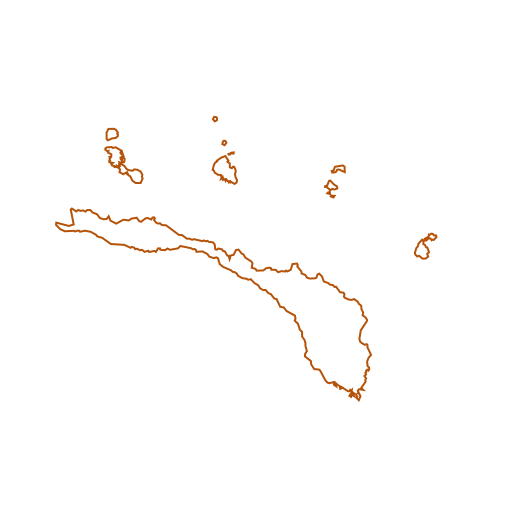 the district of Namatanai District, New Ireland, Papua New Guinea, rotated 339°
{"feature_id": "67681753B4611744074236", "entity_name": "Namatanai District", "entity_type": "district", "adm_level": 2, "iso_a3": "PNG", "parent_name": "Papua New Guinea", "parent_adm1": "New Ireland", "projection": "albers", "projection_center": [152.429, -3.72], "detail": "fine", "context": "isolated", "style": "outline", "palette": "amber", "viewbox_px": 512, "rotation_deg": 339, "n_neighbors": 0, "source": "geoboundaries", "source_scale": "gbopen_adm2", "svg_char_len": 6158}
<svg xmlns="http://www.w3.org/2000/svg" viewBox="0 0 512 512"><g transform="rotate(339 256 256)"><path d="M80.5,155.3L82.9,160.9L86.4,164.4L95.0,167.2L95.8,168.2L98.2,168.3L100.1,169.2L100.4,170.3L105.4,171.1L110.4,174.2L114.5,179.2L114.7,180.7L119.0,184.0L124.8,192.8L137.0,198.4L141.9,203.4L143.3,203.0L145.4,204.7L145.6,206.3L147.6,206.6L149.6,209.0L151.9,209.4L153.4,212.2L157.3,212.5L157.7,214.0L163.1,214.9L164.0,216.3L167.3,213.8L169.1,214.5L168.9,215.7L169.9,216.4L173.2,218.0L175.9,217.3L178.0,219.4L185.9,220.9L189.0,219.6L198.1,225.4L199.7,227.3L201.2,227.4L202.2,229.0L201.9,230.7L207.7,232.6L211.3,236.7L212.2,239.9L215.9,242.9L218.4,243.0L219.7,244.4L219.2,250.6L221.5,254.5L227.5,260.3L228.6,262.5L230.3,263.4L231.9,265.8L232.0,267.8L235.3,271.8L239.0,273.8L240.1,275.3L242.9,275.9L244.7,280.4L247.7,284.4L248.2,287.6L250.5,290.4L252.8,291.1L254.1,294.9L256.2,296.9L257.8,302.2L259.8,303.6L260.4,312.1L263.5,314.0L264.8,318.3L271.0,325.6L270.4,328.7L269.0,330.2L270.9,334.4L270.5,340.5L271.8,343.3L270.2,347.7L271.2,351.8L270.9,355.3L270.0,357.3L269.4,363.1L266.9,364.8L265.7,367.3L269.6,373.7L268.7,377.0L269.8,382.4L274.1,384.6L274.8,385.8L276.3,397.5L277.6,400.1L278.9,401.0L284.1,401.7L286.1,405.8L288.8,408.9L287.3,408.7L287.0,410.2L289.6,410.0L293.6,415.4L295.0,415.7L296.0,414.7L296.7,415.7L297.4,415.4L296.7,416.7L299.8,421.8L300.1,423.5L298.8,423.9L300.3,427.5L303.3,424.3L303.0,421.5L301.8,420.6L302.9,419.9L302.7,418.3L304.4,417.3L308.1,419.4L307.0,416.9L313.4,412.5L313.7,410.7L315.0,409.7L314.2,406.9L316.3,406.0L316.2,404.4L317.2,404.0L317.5,402.7L319.1,402.0L319.8,403.3L321.2,402.2L321.6,400.5L320.7,398.8L321.9,394.4L324.6,391.4L328.0,389.5L327.3,381.3L328.2,378.8L327.7,378.0L325.6,377.8L323.5,375.1L322.5,373.2L322.8,370.5L327.1,363.0L336.1,356.6L336.8,355.3L336.2,352.4L334.3,349.6L335.8,347.2L335.4,343.7L336.4,340.0L334.9,337.6L334.6,335.1L332.1,331.3L330.0,331.4L327.1,330.0L323.9,326.8L323.5,325.5L324.9,323.4L324.6,321.7L321.5,319.9L319.7,313.3L318.3,313.1L317.5,310.9L314.5,308.9L313.9,307.3L310.2,304.1L310.3,298.7L308.7,295.1L306.8,295.3L304.6,297.9L303.5,298.1L298.3,296.4L296.0,294.7L295.1,291.2L292.3,288.7L292.8,286.7L290.8,280.5L291.8,279.4L291.6,277.8L287.2,276.6L283.5,281.3L279.9,281.7L278.9,280.4L277.8,281.0L274.3,279.2L270.9,279.1L269.4,276.0L265.4,274.3L265.7,272.9L264.2,271.6L261.0,271.1L257.7,272.1L251.3,269.9L251.0,267.9L247.8,265.4L250.1,261.6L249.6,259.3L245.5,253.8L244.8,250.0L243.4,248.4L242.0,243.8L239.6,243.2L235.5,246.9L232.2,246.4L231.2,248.4L230.2,249.5L230.6,246.4L229.3,245.2L228.6,240.6L226.9,239.3L226.7,237.7L223.5,235.5L221.8,236.1L220.4,235.2L221.6,230.2L220.7,227.8L217.1,225.9L216.0,224.4L214.8,224.4L212.6,222.7L211.4,223.0L204.0,218.0L202.2,218.0L200.0,215.9L197.6,215.0L194.4,209.9L191.6,208.7L183.1,195.2L179.2,193.3L178.0,191.0L176.3,190.7L174.7,189.1L173.7,185.8L175.1,184.6L174.6,183.3L173.2,183.0L171.3,184.4L168.5,181.7L166.3,181.3L160.9,182.9L159.5,181.6L158.3,177.5L153.3,176.5L150.0,177.2L145.2,174.6L137.1,175.7L132.8,170.8L132.7,166.1L129.9,167.9L126.9,167.1L123.8,164.5L122.6,160.1L118.9,156.7L117.9,153.8L114.9,152.6L112.6,153.4L111.1,151.6L108.2,150.9L106.5,149.3L104.2,150.0L101.1,145.7L99.7,146.2L97.1,161.2L92.1,160.9L81.5,153.3L80.5,155.3ZM263.2,151.7L259.0,151.7L253.6,153.0L253.6,153.7L251.0,154.4L249.1,156.2L246.4,160.1L247.2,160.9L247.4,163.5L249.8,166.7L252.3,167.8L252.1,169.1L252.9,169.4L251.0,171.5L253.1,171.2L252.5,173.1L254.3,173.1L254.4,174.1L254.9,173.2L255.8,173.5L256.1,176.0L257.4,176.3L257.2,177.6L258.8,177.1L258.8,178.2L259.5,178.1L261.8,181.0L264.1,180.5L265.4,178.5L265.2,174.7L265.8,171.8L267.5,169.7L267.8,167.2L267.5,164.8L266.6,164.4L264.9,165.4L263.4,163.8L264.7,160.1L263.1,157.8L264.4,157.0L263.2,151.7ZM156.0,101.2L154.0,101.5L153.4,102.6L154.8,105.1L155.9,105.1L155.0,106.6L157.4,109.2L156.4,111.5L154.8,111.1L155.0,112.4L154.0,112.9L154.0,114.5L153.0,114.7L152.8,115.9L155.7,117.8L153.9,118.2L154.1,120.0L155.8,121.0L155.7,122.1L157.3,122.9L158.0,121.8L158.8,123.7L159.7,122.4L160.8,122.6L161.3,120.7L162.3,120.7L162.2,119.6L164.0,120.9L164.8,119.6L166.1,121.1L166.8,120.8L168.2,118.3L167.8,117.0L165.8,117.2L165.0,118.9L164.4,116.7L164.8,115.6L166.0,116.1L166.6,114.4L166.4,116.1L168.1,115.6L168.2,111.8L167.0,112.8L166.4,111.8L166.5,110.8L168.2,109.5L163.9,104.2L160.8,103.7L160.4,102.6L156.0,101.2ZM162.7,121.4L161.5,121.7L161.0,123.5L159.7,123.8L160.0,126.8L158.6,128.8L161.4,132.1L164.8,131.6L165.0,132.9L165.7,132.2L166.0,135.1L167.2,136.6L167.6,141.4L169.8,144.7L174.5,146.5L178.0,142.9L177.8,141.4L179.0,139.5L178.6,136.0L176.3,133.1L173.4,131.5L171.4,132.2L167.7,130.1L166.3,128.3L165.4,124.6L162.7,121.4ZM418.9,314.5L419.0,309.5L417.9,308.8L417.7,306.3L416.5,304.8L417.6,302.4L416.9,300.3L412.4,302.5L410.4,305.1L408.6,306.0L405.6,309.8L405.2,311.4L406.3,314.2L408.3,314.2L410.5,318.1L413.4,319.2L416.5,318.3L416.6,315.3L418.9,314.5ZM169.1,86.4L163.8,84.5L160.6,87.4L158.5,93.3L159.1,94.9L163.9,94.7L167.2,95.5L169.7,94.7L170.6,93.4L170.3,92.0L171.3,91.2L170.4,87.8L169.1,86.4ZM354.4,217.2L352.4,212.2L351.1,212.1L347.6,215.8L345.7,215.5L345.2,216.2L346.7,216.9L349.0,221.3L351.2,220.6L352.9,222.0L356.1,222.1L356.6,220.1L354.4,217.2ZM369.5,202.6L361.7,201.0L359.1,203.9L357.1,203.8L357.1,205.5L359.8,206.2L361.2,206.0L362.5,204.6L364.4,204.9L368.9,209.5L370.7,204.3L369.5,202.6ZM425.8,298.4L425.1,297.9L424.1,299.8L419.8,300.4L418.1,301.7L420.5,302.6L423.5,301.4L425.1,302.2L425.6,304.2L426.5,303.8L427.6,304.7L431.3,303.0L431.5,301.3L429.5,300.6L429.0,298.7L427.8,298.0L425.8,298.4ZM265.7,115.5L268.1,115.3L269.1,113.5L268.7,112.2L266.8,111.1L264.8,112.8L265.7,115.5ZM266.4,141.3L268.9,139.7L268.7,137.6L267.5,136.9L266.1,137.3L264.7,139.5L266.4,141.3ZM297.1,419.8L295.8,418.0L293.1,420.1L294.3,421.6L295.7,419.9L297.2,421.8L297.1,419.8ZM347.4,224.7L347.9,222.2L347.2,223.0L345.9,222.5L345.0,223.0L347.4,224.7ZM350.8,228.0L347.7,226.5L347.1,227.1L349.2,229.1L350.8,228.0ZM284.1,406.3L284.2,404.3L283.0,402.7L282.7,404.3L284.1,406.3ZM272.3,151.3L269.7,150.7L268.8,151.2L271.8,152.3L272.3,151.3ZM267.8,151.8L267.8,151.0L266.8,151.0L266.9,151.6L267.8,151.8Z" fill="none" stroke="#b45309" stroke-width="2"/></g></svg>